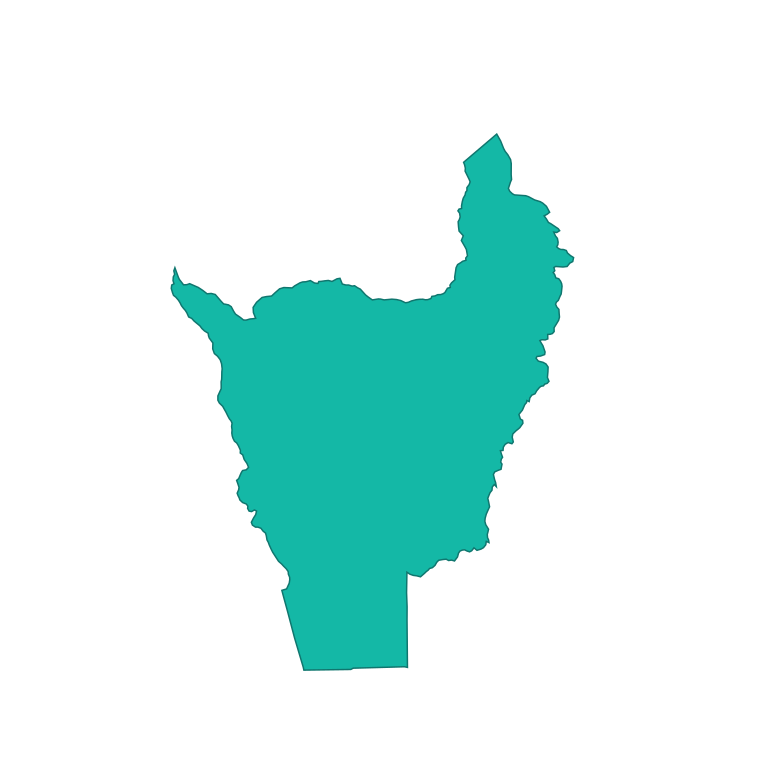 outline of Theobroma, Rondônia, Brazil, rotated 318°
{"feature_id": "56859067B32402961436", "entity_name": "Theobroma", "entity_type": "district", "adm_level": 2, "iso_a3": "BRA", "parent_name": "Brazil", "parent_adm1": "Rondônia", "projection": "robinson", "projection_center": [-62.291, -10.089], "detail": "fine", "context": "isolated", "style": "filled", "palette": "teal", "viewbox_px": 768, "rotation_deg": 318, "n_neighbors": 0, "source": "geoboundaries", "source_scale": "gbopen_adm2", "svg_char_len": 5343}
<svg xmlns="http://www.w3.org/2000/svg" viewBox="0 0 768 768"><g transform="rotate(318 384 384)"><path d="M133.0,543.0L168.3,573.9L171.0,574.6L192.6,593.0L210.1,607.9L211.8,610.3L243.0,575.0L252.1,565.0L261.2,554.1L275.1,539.2L276.0,542.7L277.7,545.8L280.0,548.5L282.1,551.7L287.5,551.8L289.9,551.7L292.2,551.9L294.4,551.6L297.1,552.9L300.6,552.9L303.8,551.8L306.7,551.6L310.4,553.9L313.0,555.8L313.9,558.4L316.3,560.0L318.0,562.7L322.9,561.7L326.3,559.5L328.7,559.0L331.0,559.8L332.9,561.1L333.9,563.6L335.3,566.0L337.5,566.6L341.2,566.0L341.8,569.8L345.6,571.6L348.4,572.2L352.0,571.6L354.7,569.4L355.9,572.1L357.4,569.8L358.1,567.5L360.1,564.9L362.1,563.6L364.5,561.9L365.5,556.6L367.1,553.5L369.4,551.4L373.0,549.1L376.8,547.4L380.3,545.9L383.4,540.7L384.6,538.4L388.2,536.6L390.2,535.7L393.2,535.2L395.5,533.0L398.7,532.5L398.8,535.4L401.0,531.9L402.1,529.3L403.5,526.7L404.8,524.4L407.5,523.4L411.2,524.6L413.9,525.7L416.1,524.0L418.1,522.5L418.4,520.2L421.0,518.3L423.1,517.8L424.3,514.8L425.9,511.4L428.0,513.0L430.4,510.8L433.6,509.9L437.0,510.5L439.1,514.0L441.3,513.6L443.7,509.3L446.3,507.3L450.7,507.1L453.8,507.3L455.8,507.3L461.0,506.1L462.7,503.7L461.9,501.3L463.9,496.9L469.4,496.0L474.9,493.5L477.4,493.2L479.1,491.9L480.1,494.2L483.1,491.9L486.4,491.2L489.7,492.3L493.0,491.2L497.3,490.6L499.3,490.8L501.3,492.1L503.2,491.6L505.7,492.7L508.4,492.4L509.8,488.5L514.0,484.6L517.3,481.2L517.8,477.5L516.7,474.3L515.4,472.4L514.0,470.2L514.2,466.6L516.1,465.9L519.1,468.0L523.1,469.6L525.1,468.0L527.7,461.9L528.3,458.6L528.9,456.0L530.9,456.7L533.3,459.1L535.9,460.1L538.8,456.7L540.9,458.3L542.9,459.2L545.5,458.9L548.0,456.0L552.5,454.7L556.4,453.5L559.2,451.7L561.5,448.6L563.9,445.6L563.9,442.5L564.9,439.5L566.9,438.5L569.5,438.5L573.5,436.6L575.8,435.7L577.6,434.2L581.7,430.5L583.1,428.4L584.0,425.8L584.3,422.7L582.7,420.1L584.1,416.8L584.3,414.4L586.7,414.1L588.2,411.1L590.2,411.5L595.3,416.8L598.7,419.2L603.0,418.5L606.2,419.3L609.5,416.9L608.5,413.3L608.0,409.5L608.8,406.8L607.4,404.2L605.4,402.3L604.4,400.2L604.1,397.6L606.4,396.8L608.3,395.1L610.3,391.8L610.5,388.7L611.8,384.7L613.7,387.0L617.1,387.6L617.4,385.3L615.2,376.4L614.3,374.0L615.1,370.1L615.5,366.2L618.8,367.0L622.0,367.2L623.6,360.6L623.0,355.8L622.1,353.0L619.1,348.0L616.8,341.6L615.3,338.9L607.5,330.8L606.7,328.5L606.4,325.0L607.3,321.9L613.0,318.6L615.6,317.4L618.6,313.5L626.0,305.4L628.2,302.0L629.4,296.6L629.7,292.2L630.5,289.0L633.3,281.4L635.0,273.7L591.5,272.5L590.6,274.9L588.9,278.0L586.7,280.1L584.2,288.9L583.3,291.4L580.7,292.8L577.1,293.5L575.0,295.8L573.0,296.1L570.7,297.8L567.3,298.9L564.3,300.8L560.8,303.5L559.1,305.5L556.8,304.2L554.8,304.8L554.5,307.6L552.4,310.8L550.0,312.2L547.7,313.0L544.6,317.0L542.1,320.6L542.1,326.9L537.5,329.1L536.0,336.1L535.2,339.2L531.8,344.6L529.0,345.1L527.7,346.9L524.5,345.4L522.4,345.2L518.6,344.5L515.4,345.8L507.9,352.0L506.5,354.0L501.8,354.0L499.1,354.7L497.9,356.6L495.2,355.3L490.4,356.8L488.4,356.5L486.0,355.5L483.6,353.5L480.9,352.7L478.2,350.9L476.1,351.9L473.0,350.6L471.1,349.1L469.6,347.0L466.9,344.7L464.5,343.0L459.9,340.6L456.8,339.6L454.3,338.0L452.3,333.2L449.8,329.6L446.6,326.2L440.4,321.6L438.2,318.5L436.7,317.0L431.6,313.7L430.5,309.0L429.9,305.5L429.9,297.7L428.7,294.6L427.9,291.3L425.8,289.9L423.9,286.7L421.8,284.8L419.9,281.8L422.0,276.0L419.5,274.4L414.0,273.0L411.9,269.8L409.0,267.7L406.0,265.7L404.1,264.2L402.2,265.1L399.9,262.4L398.5,257.9L394.3,255.7L391.8,253.7L389.3,252.6L383.3,251.3L380.0,251.1L374.1,245.3L370.1,243.4L364.1,243.3L359.3,243.4L355.2,240.4L351.3,238.1L344.0,238.0L338.0,239.5L334.7,243.6L332.6,249.3L330.3,247.8L327.9,246.0L324.2,244.2L322.4,242.4L321.8,238.5L320.4,232.7L320.9,229.5L322.2,224.3L321.4,221.2L319.9,219.1L318.4,217.2L318.3,213.9L318.5,204.6L316.2,201.1L312.9,198.6L311.9,193.0L310.6,188.0L306.7,179.4L304.0,178.3L301.4,176.2L301.9,169.4L302.6,167.1L306.4,157.7L303.5,159.3L301.8,162.4L299.1,163.4L296.4,166.0L295.0,169.0L292.5,168.4L289.9,170.6L288.0,174.5L286.9,177.3L287.4,180.2L287.3,184.1L286.8,187.1L285.9,190.2L285.6,193.6L285.6,196.3L285.1,199.2L283.7,203.5L285.0,206.6L285.0,210.3L286.1,217.6L285.8,221.0L286.1,224.5L287.3,228.6L285.8,230.8L284.9,232.9L284.3,239.0L280.2,243.3L278.3,247.9L278.9,251.9L278.5,256.4L276.8,260.3L273.9,264.4L271.6,266.5L268.9,269.4L266.5,271.9L264.4,273.4L261.9,276.3L259.8,278.6L256.7,279.9L252.6,281.7L249.7,284.9L248.9,288.0L249.2,292.6L248.4,296.1L247.8,298.9L246.5,303.5L245.8,306.4L245.7,308.9L244.9,311.4L242.3,313.6L240.4,316.4L238.1,318.6L236.5,321.0L235.4,323.5L234.6,326.5L235.1,329.2L234.5,332.4L233.0,337.1L231.0,339.1L231.6,342.1L229.6,346.6L229.0,351.3L227.6,355.3L224.2,355.6L221.0,353.7L218.8,354.3L216.5,355.3L212.7,357.1L210.0,357.0L208.9,359.7L207.1,363.8L205.1,365.4L201.8,366.9L200.8,369.4L200.2,371.7L199.3,373.7L199.6,377.5L201.4,381.1L201.1,383.7L199.4,385.2L198.7,388.2L200.2,390.2L203.4,390.9L204.3,393.1L201.3,395.2L197.4,396.3L192.9,398.0L191.8,400.8L192.7,404.3L194.5,406.0L196.0,408.8L195.7,412.5L196.2,415.5L195.0,418.0L192.7,421.6L192.1,424.2L191.0,426.9L189.7,431.0L188.7,434.6L188.1,438.3L187.0,445.2L187.5,449.4L187.5,452.0L187.7,455.8L187.3,459.3L185.7,461.3L184.6,464.4L183.0,466.4L180.3,468.6L174.5,471.1L170.0,469.0L166.7,475.5L160.2,488.4L147.6,512.9L134.5,540.4L133.0,543.0Z" fill="#14b8a6" stroke="#0f766e" stroke-width="1.5"/></g></svg>